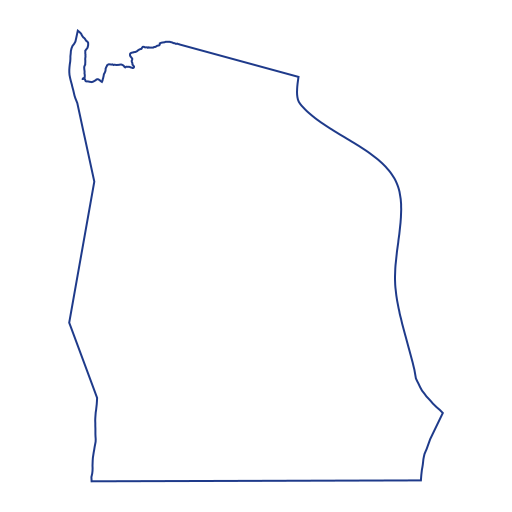 the district of Famatina, La Rioja, Argentina
{"feature_id": "61730980B89547050111737", "entity_name": "Famatina", "entity_type": "district", "adm_level": 2, "iso_a3": "ARG", "parent_name": "Argentina", "parent_adm1": "La Rioja", "projection": "robinson", "projection_center": [-67.626, -28.654], "detail": "fine", "context": "isolated", "style": "outline", "palette": "blue", "viewbox_px": 512, "rotation_deg": 0, "n_neighbors": 0, "source": "geoboundaries", "source_scale": "gbopen_adm2", "svg_char_len": 5206}
<svg xmlns="http://www.w3.org/2000/svg" viewBox="0 0 512 512"><path d="M77.8,30.7L77.4,32.5L76.2,38.1L75.4,41.6L74.1,43.9L72.5,45.9L71.5,48.4L70.9,50.9L70.7,53.6L70.4,56.3L70.4,58.9L70.2,61.6L69.8,64.2L69.5,66.9L69.3,69.5L69.3,72.2L69.5,74.9L70.0,77.5L70.6,80.1L71.3,82.7L72.0,85.2L72.0,85.5L72.6,87.8L73.3,90.4L73.9,93.0L74.5,95.6L75.3,98.1L76.3,100.6L77.3,103.1L80.2,116.5L83.3,131.0L85.2,139.6L94.3,181.6L69.2,322.7L70.9,327.2L94.2,390.0L97.1,397.9L96.9,401.9L96.7,404.6L96.4,407.2L96.1,409.9L95.7,412.5L95.5,415.2L95.3,417.9L95.2,420.5L95.3,423.2L95.3,425.9L95.4,428.5L95.4,431.2L95.4,433.9L95.5,436.5L95.7,439.2L95.6,441.8L95.1,444.5L94.6,447.1L94.2,449.7L93.7,452.4L93.3,455.0L92.9,457.6L92.7,460.3L92.6,463.0L92.5,465.6L92.6,468.3L92.5,471.0L92.2,473.6L91.4,477.1L91.6,481.3L420.9,480.4L421.1,477.7L421.3,475.1L421.6,472.4L421.9,469.8L422.4,467.1L422.8,464.5L423.1,461.9L423.4,459.2L423.9,456.6L424.5,454.0L425.5,451.6L426.6,449.1L427.5,446.6L428.4,444.1L429.3,441.6L430.2,439.1L442.8,413.0L439.9,410.0L436.5,407.1L432.8,403.5L430.8,401.1L428.6,398.7L426.4,396.4L424.6,393.9L422.0,390.6L420.1,387.1L418.5,383.7L417.2,381.2L415.9,378.4L414.4,369.8L413.3,365.3L412.7,362.7L412.0,360.1L411.3,357.5L410.6,354.9L409.9,352.3L409.2,349.7L408.5,347.2L407.8,344.6L407.1,342.0L406.4,339.4L405.7,336.8L405.0,334.3L404.3,331.7L403.6,329.1L402.8,326.1L402.2,323.9L401.6,321.3L401.0,318.7L400.3,316.1L399.7,313.6L399.2,310.9L398.6,308.3L398.1,305.7L397.6,303.1L397.1,300.5L396.7,297.9L396.3,295.3L396.0,292.7L395.7,290.0L395.4,287.4L395.2,284.7L395.1,282.0L395.0,279.3L395.0,276.6L395.1,273.8L395.2,271.1L395.3,268.3L395.5,265.4L395.8,262.6L396.1,259.8L396.4,256.9L396.7,254.1L397.0,251.2L397.4,248.4L397.8,245.5L398.2,242.7L398.5,239.8L398.9,237.0L399.3,234.1L399.6,231.3L399.9,228.5L400.2,225.7L400.5,222.9L400.7,220.2L400.9,217.5L401.0,214.7L401.1,212.1L401.2,209.4L401.1,206.8L401.1,204.2L400.9,201.6L400.7,199.1L400.3,196.6L399.9,194.2L399.5,191.8L398.9,189.4L398.2,187.1L397.4,184.9L396.5,182.7L395.5,180.5L394.4,178.4L393.1,176.4L391.8,174.4L390.4,172.4L388.9,170.5L387.3,168.7L385.7,166.8L384.0,165.1L382.2,163.3L380.3,161.6L378.4,159.9L376.4,158.3L374.3,156.7L372.2,155.1L370.1,153.5L367.9,151.9L365.7,150.4L363.4,148.9L361.1,147.4L358.8,145.9L356.5,144.5L354.1,143.0L351.7,141.6L349.3,140.1L346.9,138.7L344.5,137.2L342.1,135.8L339.7,134.4L337.3,132.9L335.0,131.5L332.6,130.0L332.2,129.7L330.2,128.5L327.9,127.0L325.6,125.5L323.4,124.0L321.1,122.5L318.9,120.9L316.8,119.4L314.7,117.8L313.9,117.1L312.6,116.1L310.7,114.5L308.7,112.8L306.8,111.1L305.0,109.3L303.3,107.5L301.6,105.7L300.1,103.8L298.8,101.8L297.9,99.5L297.4,97.1L297.1,94.6L297.0,91.9L297.1,89.9L297.1,89.1L297.3,86.3L297.6,83.4L298.0,80.4L298.4,77.5L298.5,76.9L179.7,44.5L178.8,44.1L178.3,44.1L177.2,43.6L176.7,43.8L175.7,43.8L175.4,43.6L175.0,43.4L174.2,43.1L173.4,43.1L172.9,42.8L172.0,42.4L170.7,42.1L170.2,42.0L169.8,41.8L169.0,41.8L167.9,41.8L167.2,41.8L165.7,41.8L164.4,42.3L163.4,42.4L162.7,42.5L161.5,42.7L160.9,42.9L159.8,43.4L159.8,44.3L159.5,45.0L159.0,45.4L157.5,45.7L156.9,45.9L155.5,46.9L154.1,47.0L153.5,47.5L152.6,47.6L150.5,47.6L149.3,47.6L148.8,47.3L147.9,47.8L147.1,47.3L145.0,47.4L144.1,46.9L143.4,46.8L142.7,46.9L141.8,48.1L141.4,48.9L140.3,49.1L139.2,49.6L137.9,50.4L137.2,51.1L135.4,52.0L135.0,52.0L134.4,52.1L133.9,52.1L133.4,52.4L132.6,52.5L131.8,52.7L131.3,52.9L130.8,53.1L130.2,53.6L130.0,54.6L130.1,55.7L130.4,56.1L130.5,56.5L130.9,56.9L131.3,57.4L131.8,58.1L132.2,58.5L132.2,59.7L131.7,60.8L131.7,61.2L131.9,62.1L132.2,62.6L132.4,63.3L132.4,64.1L132.6,64.8L133.2,65.4L133.3,65.6L134.0,66.5L134.0,67.1L133.8,67.5L133.4,67.9L133.1,67.9L132.9,68.0L132.5,68.0L132.2,67.8L130.4,67.3L130.1,67.1L129.7,66.9L128.8,66.8L127.2,66.8L126.2,66.7L125.9,66.9L125.2,67.4L124.5,66.9L124.3,66.7L123.8,65.9L123.2,65.4L122.1,64.8L121.1,64.5L120.0,64.6L118.7,64.9L117.9,64.9L116.6,65.0L115.1,64.8L114.3,64.7L113.5,65.0L112.5,64.4L112.4,64.4L111.8,64.6L111.3,64.5L110.7,64.5L110.3,64.4L110.0,64.4L109.5,64.3L108.7,64.3L108.2,64.5L107.0,65.4L107.0,65.6L106.7,66.4L106.6,66.5L106.3,67.0L105.6,68.7L105.6,69.9L105.3,71.4L104.8,72.5L104.6,73.0L103.9,74.2L103.6,76.1L103.4,76.9L103.1,78.3L102.7,79.4L102.5,80.6L101.9,81.9L100.8,81.2L99.7,80.2L99.1,79.8L98.2,79.3L97.6,79.2L97.0,79.3L96.4,79.5L95.6,80.3L94.8,80.7L93.8,81.3L93.2,81.6L92.5,81.9L92.3,81.9L91.7,82.1L91.1,82.0L90.5,81.9L89.7,81.8L88.5,81.5L88.3,81.5L87.9,81.4L87.5,81.4L86.4,81.4L85.8,81.2L85.5,80.9L85.3,80.5L85.2,80.1L85.1,79.6L85.0,79.3L84.8,79.1L84.3,78.9L83.9,78.7L83.2,79.0L82.7,79.0L82.7,78.9L83.0,78.4L83.3,78.3L83.5,78.2L83.8,78.0L84.2,77.9L84.5,77.6L84.7,77.3L84.7,77.1L84.8,75.7L84.7,74.2L84.5,73.5L84.6,71.8L84.5,70.8L84.3,69.3L84.3,69.2L84.2,67.6L84.3,66.6L84.9,65.1L85.2,64.7L85.2,63.6L85.3,62.1L85.3,60.1L85.2,59.4L85.3,57.8L85.5,56.9L85.5,56.7L85.4,55.8L85.5,54.7L85.3,53.7L85.3,53.1L85.3,52.9L85.3,52.0L85.3,51.7L85.3,50.6L85.6,50.3L85.8,50.0L86.2,49.4L86.4,49.2L87.0,48.5L87.2,48.2L87.6,47.6L87.7,46.9L87.9,46.4L87.9,46.2L88.1,45.6L88.1,45.1L88.2,44.1L88.1,42.7L87.3,41.5L86.8,41.3L86.2,40.8L85.6,39.9L85.3,39.5L85.3,39.4L85.0,38.9L84.1,37.9L83.3,37.4L81.9,35.4L81.3,34.0L80.3,32.8L78.7,31.4L77.8,30.7Z" fill="none" stroke="#1e3a8a" stroke-width="2"/></svg>